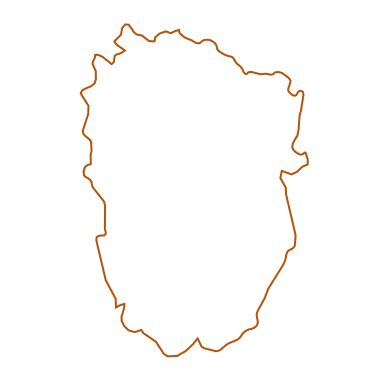 an SVG outline of Cuneo, rotated 272°
{"feature_id": "ITA-5441", "entity_name": "Cuneo", "entity_type": "Province", "adm_level": 1, "iso_a3": "ITA", "parent_name": "Italy", "parent_adm1": "", "projection": "equal_earth", "projection_center": [7.731, 44.473], "detail": "fine", "context": "isolated", "style": "outline", "palette": "amber", "viewbox_px": 384, "rotation_deg": 272, "n_neighbors": 0, "source": "natural_earth", "source_scale": "10m", "svg_char_len": 3010}
<svg xmlns="http://www.w3.org/2000/svg" viewBox="0 0 384 384"><g transform="rotate(272 192 192)"><path d="M223.7,306.7L221.0,301.2L215.9,296.4L213.1,290.8L216.2,281.0L209.1,279.8L199.6,285.6L192.9,286.1L152.6,297.0L143.3,296.8L141.1,296.3L138.9,294.3L137.6,291.8L136.0,289.6L133.0,288.5L127.0,287.6L122.6,285.8L98.0,271.6L88.8,268.5L75.2,261.7L72.3,260.9L69.2,261.2L66.4,262.0L63.6,262.4L60.6,261.3L58.4,258.9L57.3,256.3L56.6,253.5L55.1,250.6L53.0,248.2L48.4,245.1L46.4,243.1L45.1,240.8L42.4,234.7L40.6,231.8L36.6,227.3L35.5,226.2L34.6,224.8L33.7,222.1L33.8,220.5L34.4,218.7L36.3,209.4L38.0,206.8L45.8,202.8L39.7,198.1L32.8,191.2L27.6,182.8L26.9,173.5L29.4,169.4L41.2,161.1L49.2,148.3L52.4,146.1L49.9,139.7L50.8,136.3L51.5,133.6L55.8,128.8L61.1,126.1L65.3,126.0L73.7,128.3L77.8,128.3L76.5,124.4L74.0,120.1L82.7,119.4L100.8,108.9L140.3,98.1L142.3,98.1L143.6,98.5L144.5,99.6L145.2,101.8L145.4,103.2L145.4,104.5L145.6,105.6L146.4,106.7L147.7,107.3L149.1,107.2L151.8,106.2L175.2,105.6L179.3,104.5L193.7,92.3L198.8,91.1L200.3,90.1L202.3,87.3L203.3,85.1L204.7,83.6L208.1,83.0L210.7,83.3L213.3,84.4L215.3,86.6L216.2,89.8L225.6,89.4L229.8,90.2L238.9,89.3L240.7,88.0L244.7,82.9L246.8,81.2L249.5,80.8L266.5,85.6L274.6,85.5L282.6,80.0L286.7,77.3L289.7,78.7L292.0,82.5L294.1,87.4L297.0,90.7L301.2,92.0L309.6,91.6L316.6,88.1L318.9,88.5L323.1,90.3L325.5,90.4L325.9,93.1L323.9,98.0L317.0,107.2L319.2,109.4L325.2,110.0L326.8,111.8L327.4,114.0L328.4,116.2L331.0,120.0L336.8,111.3L339.8,109.1L346.7,115.5L353.5,116.5L357.1,119.4L357.0,122.9L349.2,128.9L347.4,131.5L346.7,136.4L341.3,143.9L341.2,149.3L345.4,149.9L349.5,154.5L351.6,160.5L349.9,165.2L352.0,169.1L353.5,173.3L350.4,174.0L346.9,178.3L346.2,179.3L344.7,183.1L343.6,186.4L341.8,189.3L341.0,191.3L340.8,192.8L340.9,194.0L341.4,195.0L342.0,195.7L343.4,197.2L344.1,198.4L344.6,200.0L344.7,203.2L344.3,205.1L343.4,207.0L341.8,209.4L341.0,210.1L340.2,210.8L339.4,211.3L335.9,212.2L335.0,212.6L333.8,213.9L332.6,215.7L330.1,220.5L329.2,223.3L328.6,226.5L328.0,227.8L327.2,228.7L322.8,231.5L321.3,233.1L319.7,235.3L318.3,236.8L316.7,238.0L314.2,239.1L312.5,240.3L311.9,241.4L311.9,242.5L312.5,243.3L313.4,243.9L313.9,245.3L314.0,247.5L312.4,254.8L312.1,256.8L312.2,258.0L312.5,259.1L312.7,260.7L312.7,262.7L312.0,266.1L312.2,267.9L312.6,269.2L313.5,269.8L314.3,270.8L314.8,272.3L314.8,275.1L314.4,276.7L313.9,278.1L311.7,281.5L309.3,284.7L307.8,285.9L307.2,286.2L306.5,286.5L305.3,286.5L303.0,286.0L299.9,284.9L297.5,284.5L296.1,284.9L295.0,285.8L292.9,288.2L292.1,289.8L291.8,291.3L292.1,292.3L292.8,293.1L293.7,293.6L295.6,294.4L296.1,294.9L296.6,295.8L296.7,297.4L296.5,298.4L296.1,299.1L294.8,299.7L293.1,300.0L277.1,298.1L272.7,296.9L257.6,296.3L251.4,295.2L250.6,294.5L247.4,292.7L243.7,291.1L241.5,290.7L239.8,290.7L238.9,291.2L238.0,291.7L236.5,293.0L235.8,293.8L234.1,296.5L233.7,297.4L233.4,298.4L233.2,299.5L233.4,300.5L233.8,301.6L234.4,302.3L235.2,302.9L235.4,303.5L235.3,304.1L228.7,306.5L223.7,306.7Z" fill="none" stroke="#b45309" stroke-width="2"/></g></svg>